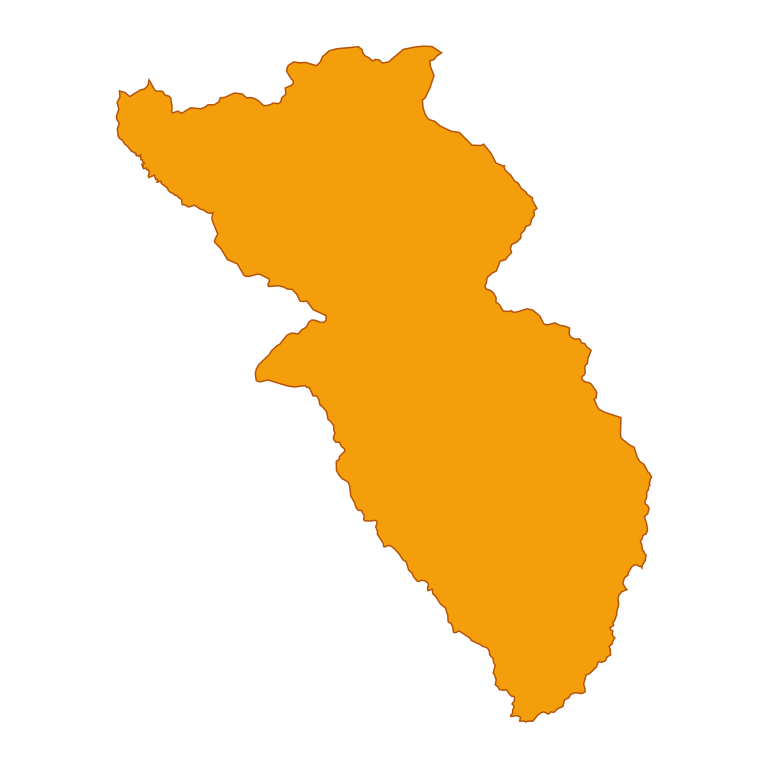 Andapa, Sava, Madagascar
{"feature_id": "10022922B40357207342555", "entity_name": "Andapa", "entity_type": "district", "adm_level": 2, "iso_a3": "MDG", "parent_name": "Madagascar", "parent_adm1": "Sava", "projection": "mercator", "projection_center": [49.555, -14.613], "detail": "fine", "context": "isolated", "style": "filled", "palette": "amber", "viewbox_px": 768, "rotation_deg": 0, "n_neighbors": 0, "source": "geoboundaries", "source_scale": "gbopen_adm2", "svg_char_len": 6069}
<svg xmlns="http://www.w3.org/2000/svg" viewBox="0 0 768 768"><path d="M584.9,692.1L585.1,689.1L583.6,684.1L586.1,675.0L589.8,673.4L596.5,666.8L597.9,662.3L599.4,661.7L601.9,662.3L605.5,660.7L607.1,656.9L610.6,654.9L610.2,649.2L609.1,646.4L612.0,644.3L612.9,640.9L614.9,637.8L613.1,636.4L612.2,633.9L612.9,631.1L610.4,629.4L609.9,627.6L613.6,625.6L613.0,622.6L614.6,620.5L616.7,614.7L616.7,612.0L618.7,604.4L618.0,598.1L619.2,594.8L621.6,591.8L626.9,589.6L625.2,587.9L622.8,583.2L624.6,577.5L627.9,575.4L628.2,572.8L631.6,567.0L634.4,565.0L636.3,564.7L639.3,566.4L641.2,566.6L641.9,567.9L642.3,565.3L645.1,560.8L646.1,555.1L644.3,553.2L643.7,551.0L642.4,550.0L641.6,544.0L640.3,541.8L642.2,538.6L643.0,535.3L646.2,533.9L647.5,530.3L646.8,524.6L644.4,516.6L647.7,513.8L649.1,508.3L647.4,505.3L645.5,504.0L644.8,502.0L646.7,497.2L646.8,491.8L648.4,489.8L648.6,486.6L650.0,485.4L649.1,483.1L650.0,481.9L650.1,479.4L651.6,476.9L649.4,473.1L648.0,472.0L644.0,464.5L639.9,461.5L637.6,458.1L634.1,447.3L629.6,445.0L621.4,438.5L620.5,435.2L620.9,417.6L604.3,412.2L599.0,409.2L597.2,406.6L594.2,399.2L596.2,397.9L596.7,392.9L596.2,391.1L590.9,383.7L588.2,382.3L585.7,382.2L582.1,379.6L581.8,377.0L584.5,374.5L585.1,372.8L584.9,366.0L587.4,363.3L587.9,358.5L591.1,350.4L586.7,346.8L584.8,343.7L581.4,342.8L579.9,339.4L579.0,338.8L575.0,339.2L570.8,337.1L569.1,333.7L569.6,328.1L564.6,326.1L559.5,325.3L555.0,322.9L548.3,324.7L545.8,324.7L543.6,323.6L539.8,316.1L532.8,310.1L527.3,308.8L517.1,311.9L513.8,312.3L510.7,310.6L508.8,311.5L503.3,311.1L499.2,304.4L495.9,302.0L496.1,297.7L493.6,293.1L490.8,290.6L486.4,289.0L484.8,286.4L486.4,282.8L487.1,277.5L492.2,273.1L496.4,270.9L500.2,261.1L505.6,259.7L507.8,256.4L511.6,252.6L510.4,248.5L511.7,244.5L516.8,242.1L520.9,238.0L520.7,234.1L524.3,230.4L525.9,226.4L529.5,225.1L530.6,224.0L531.6,219.2L534.3,215.7L534.0,210.6L536.9,208.5L532.5,200.4L532.4,197.8L527.5,194.5L525.6,191.6L521.1,188.3L518.2,183.2L514.3,180.8L511.0,175.5L505.9,170.9L504.0,167.6L504.5,165.8L502.7,165.9L496.0,163.0L491.3,153.7L483.6,144.2L480.9,145.5L472.0,145.2L459.4,132.5L451.8,131.4L446.4,129.1L439.7,125.7L434.7,121.3L429.8,119.8L427.3,118.0L424.5,112.6L423.0,107.6L422.4,100.2L425.1,97.9L430.0,87.8L434.0,75.6L430.3,66.2L429.9,60.6L433.6,59.8L437.1,55.8L441.6,52.9L432.1,46.6L423.6,46.1L414.4,47.1L403.3,49.4L388.6,61.9L382.5,63.1L379.3,60.0L375.2,59.4L374.0,60.5L372.3,60.7L368.9,57.8L365.4,56.1L362.9,53.4L362.1,49.7L358.4,46.7L336.4,48.8L329.4,50.7L322.6,56.5L320.1,62.3L316.3,65.7L305.9,62.5L299.3,62.8L293.7,61.9L288.3,65.5L287.1,68.0L286.7,71.5L291.4,79.2L293.2,80.7L293.3,83.3L291.5,85.2L285.3,88.0L285.8,94.3L281.8,97.7L280.6,102.1L278.5,103.7L273.1,103.0L270.6,104.6L265.9,105.7L263.4,105.5L258.4,100.7L254.4,98.5L251.1,97.6L246.5,97.8L242.2,94.0L234.4,93.0L224.4,97.5L220.4,97.7L218.8,101.9L214.1,104.8L208.0,104.8L205.3,107.0L201.0,108.8L190.5,107.8L181.7,113.3L177.9,111.1L172.7,112.9L171.6,111.4L172.1,107.0L170.6,97.8L169.0,96.1L165.2,95.2L162.8,91.7L161.6,91.1L156.8,91.2L154.9,90.4L149.1,79.9L148.0,85.3L144.8,88.8L140.2,90.0L129.7,96.6L125.2,92.6L119.5,90.9L119.9,97.2L117.1,102.5L118.8,109.1L116.4,116.5L116.9,119.4L119.3,123.4L117.3,129.0L118.2,136.0L119.3,138.1L122.6,140.6L124.5,143.8L127.5,146.2L131.3,151.1L136.1,153.6L135.8,154.8L136.7,155.8L138.1,155.3L139.2,156.6L140.7,155.0L140.9,159.7L142.5,159.9L142.6,161.7L144.5,163.2L142.0,164.2L141.8,165.3L143.1,165.7L142.7,167.3L143.6,168.7L146.5,168.1L146.7,169.7L148.4,170.0L149.4,172.9L148.2,176.0L148.9,177.5L154.5,175.2L155.6,179.3L157.6,179.3L157.0,182.1L160.9,181.2L161.3,183.5L167.1,187.7L168.4,190.5L171.2,192.9L173.0,193.2L174.6,195.2L176.9,195.5L178.5,197.6L181.6,199.5L182.2,204.6L185.3,205.0L188.3,207.0L194.8,205.3L200.2,209.1L204.5,210.4L206.5,212.3L210.3,213.3L212.9,212.6L211.9,217.6L212.3,220.6L217.7,233.9L214.5,240.4L214.6,242.2L221.2,249.0L227.5,259.7L237.4,263.9L243.9,275.3L245.6,276.2L248.6,276.5L257.0,274.3L260.1,274.4L268.8,278.8L269.5,280.9L267.9,284.4L268.5,286.5L278.5,285.7L284.1,287.2L287.2,289.0L292.1,289.4L296.7,294.2L300.1,301.1L302.9,301.6L306.8,301.0L313.1,309.6L326.2,315.7L326.0,320.1L324.1,322.2L320.3,322.3L315.3,320.3L311.8,320.0L308.8,322.1L306.3,327.2L302.1,329.5L297.8,334.1L294.1,333.2L290.8,333.3L286.9,335.3L279.5,344.5L277.1,345.6L271.4,350.9L269.4,354.5L258.7,364.7L256.5,368.8L255.3,373.1L256.2,380.4L259.8,381.9L268.2,380.0L286.3,385.6L294.3,387.0L305.1,385.6L306.6,387.2L309.4,387.7L313.1,395.9L316.3,395.9L317.3,396.7L319.0,399.9L319.8,404.8L322.1,406.3L326.6,411.8L328.0,419.3L330.8,421.7L333.8,426.0L333.7,430.0L335.0,432.8L333.4,437.5L333.7,439.3L335.7,442.1L339.5,442.3L341.0,445.8L345.0,449.7L344.2,451.8L339.5,456.5L339.1,459.3L336.3,461.4L336.4,470.4L339.1,475.1L342.2,478.7L347.2,481.4L348.6,483.0L349.7,486.2L350.7,495.9L354.5,502.4L355.9,507.2L358.2,510.3L361.9,510.7L362.3,512.7L364.2,515.1L363.7,519.5L364.6,520.8L372.1,521.0L374.6,520.2L376.8,521.3L377.1,523.3L375.7,526.7L377.4,531.1L377.5,534.5L383.2,543.2L383.7,546.6L384.8,546.9L388.8,545.4L390.8,546.0L394.6,548.9L399.4,554.2L402.7,559.6L406.2,561.7L408.6,569.9L412.1,573.3L413.6,576.8L417.0,580.9L418.7,581.5L421.1,580.4L424.6,580.6L427.6,582.7L428.4,584.2L427.6,588.2L427.9,590.6L432.3,589.2L432.7,593.5L436.2,597.2L440.3,603.8L445.4,608.0L447.8,615.5L448.1,621.4L449.4,622.9L450.8,623.1L452.6,626.7L453.5,632.3L455.6,632.8L458.5,631.1L459.9,631.4L469.8,638.0L471.3,640.4L480.3,644.6L482.8,646.5L485.9,647.1L488.0,648.8L489.2,651.1L489.8,655.0L493.1,658.6L493.6,662.6L495.2,665.5L493.2,673.1L494.4,674.5L496.2,679.8L495.3,684.8L497.8,686.6L499.4,689.6L503.7,690.3L506.3,689.8L510.2,695.1L512.1,696.5L513.4,696.2L514.4,696.9L514.4,700.7L512.0,704.0L513.8,705.8L514.0,707.2L512.6,710.1L512.8,712.9L510.8,715.4L510.8,716.5L516.7,715.6L519.8,716.8L520.5,717.9L519.6,720.8L520.3,721.3L523.1,720.8L525.8,721.9L528.5,721.0L532.8,721.3L537.5,715.4L540.7,712.9L543.7,711.9L548.6,714.1L550.8,711.9L553.9,712.3L558.0,708.5L562.9,706.5L564.5,699.9L568.6,697.9L570.7,694.5L575.2,692.6L581.4,693.6L584.9,692.1Z" fill="#f59e0b" stroke="#b45309" stroke-width="1.5"/></svg>